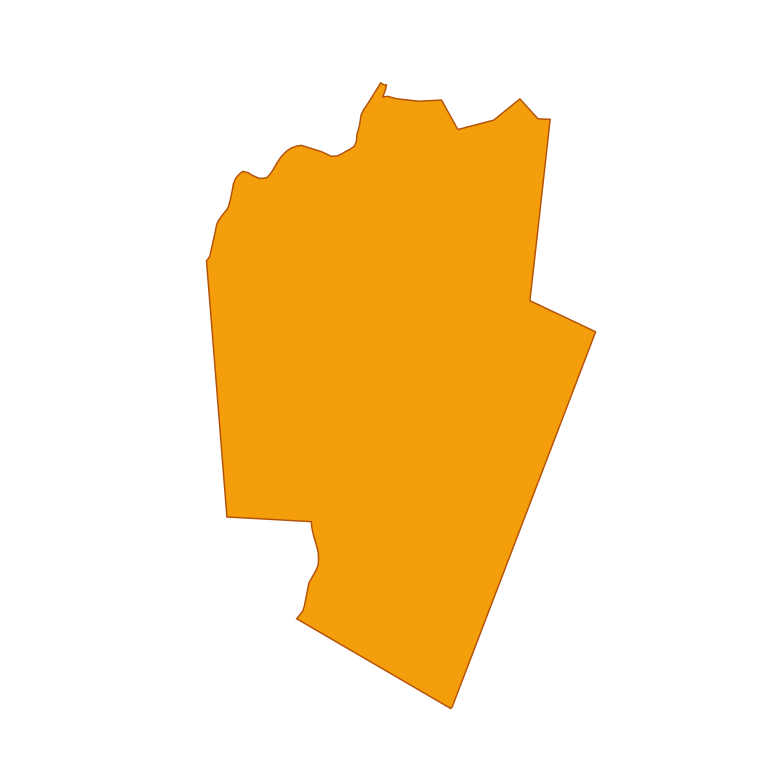 Raveneau, Soufrière, Saint Lucia, rotated 11°
{"feature_id": "8701671B21269769416552", "entity_name": "Raveneau", "entity_type": "district", "adm_level": 2, "iso_a3": "LCA", "parent_name": "Saint Lucia", "parent_adm1": "Soufrière", "projection": "equal_earth", "projection_center": [-61.048, 13.81], "detail": "fine", "context": "isolated", "style": "filled", "palette": "amber", "viewbox_px": 768, "rotation_deg": 11, "n_neighbors": 0, "source": "geoboundaries", "source_scale": "gbopen_adm2", "svg_char_len": 1441}
<svg xmlns="http://www.w3.org/2000/svg" viewBox="0 0 768 768"><g transform="rotate(11 384 384)"><path d="M186.2,296.9L200.3,347.3L255.2,544.5L295.6,538.9L339.0,533.0L340.3,538.1L342.0,542.2L342.7,543.8L343.6,545.7L344.3,547.2L346.6,551.6L348.8,556.0L349.6,557.5L350.5,559.5L351.8,562.6L353.0,567.4L353.4,570.3L353.9,573.2L353.5,576.6L352.3,581.5L349.6,589.5L348.2,593.8L348.2,617.1L347.9,619.7L347.6,622.5L343.0,631.1L511.3,689.8L512.5,688.2L581.8,292.4L511.3,274.4L507.4,225.3L496.6,92.5L484.5,94.3L463.0,78.2L441.4,104.0L407.9,120.1L386.3,94.3L364.2,99.8L341.9,101.6L333.1,100.9L328.0,102.3L329.3,95.5L329.4,90.0L328.4,90.1L327.1,90.4L325.3,89.8L323.9,89.3L323.2,89.0L322.5,91.3L313.9,113.7L313.3,114.9L311.6,118.7L310.8,122.0L310.2,124.0L310.6,135.8L309.8,144.3L310.2,147.6L310.6,150.1L310.5,151.2L310.4,152.0L309.8,155.1L309.6,156.2L306.1,159.8L301.9,163.1L299.1,165.8L294.4,169.1L289.0,170.5L285.5,169.7L279.0,168.0L265.5,166.4L257.3,165.5L255.5,166.2L252.6,167.2L249.9,168.9L248.1,169.9L243.8,174.1L241.5,177.7L239.2,181.5L237.4,185.9L236.5,188.1L235.9,190.0L233.9,195.8L231.6,200.8L229.4,203.8L225.9,205.2L222.2,206.0L214.2,204.1L210.1,202.4L205.0,202.2L203.0,204.1L199.3,209.9L198.0,215.7L198.1,224.8L198.1,228.0L198.0,231.6L197.5,239.9L196.1,243.5L192.4,250.4L190.6,254.5L189.3,259.2L189.3,269.9L189.1,274.5L189.0,276.2L189.0,277.6L188.6,291.9L186.8,296.1L186.2,296.9Z" fill="#f59e0b" stroke="#b45309" stroke-width="1.5"/></g></svg>